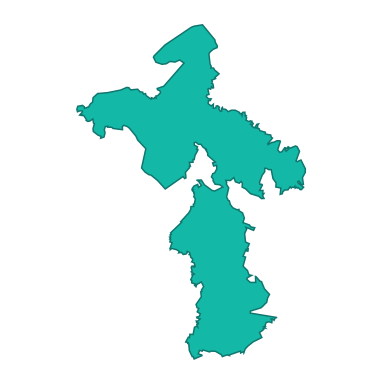 the district of Tantima, Veracruz, Mexico, rotated 89°
{"feature_id": "50627088B30686520493878", "entity_name": "Tantima", "entity_type": "district", "adm_level": 2, "iso_a3": "MEX", "parent_name": "Mexico", "parent_adm1": "Veracruz", "projection": "mercator", "projection_center": [-97.751, 21.414], "detail": "fine", "context": "isolated", "style": "filled", "palette": "teal", "viewbox_px": 384, "rotation_deg": 89, "n_neighbors": 0, "source": "geoboundaries", "source_scale": "gbopen_adm2", "svg_char_len": 6065}
<svg xmlns="http://www.w3.org/2000/svg" viewBox="0 0 384 384"><g transform="rotate(89 192 192)"><path d="M104.3,304.7L107.2,305.7L109.8,305.1L108.9,302.7L109.1,300.2L110.2,300.2L113.1,303.0L113.6,300.7L112.9,300.6L114.1,298.6L117.8,296.3L118.6,296.6L119.6,294.9L119.3,293.0L117.3,289.8L121.4,289.3L121.9,288.4L127.1,289.9L129.8,289.6L133.5,285.0L134.8,281.9L136.6,282.4L135.5,279.0L131.3,277.9L128.2,278.6L125.0,277.5L124.8,275.0L125.7,275.2L125.9,271.0L127.1,269.9L128.5,260.4L125.5,260.5L124.1,259.1L125.5,255.4L127.2,253.4L135.3,247.0L139.1,245.4L147.9,237.4L167.1,242.0L171.3,238.6L174.0,234.7L174.3,232.8L179.9,226.2L188.5,218.7L176.4,200.7L178.4,199.1L177.8,197.8L172.2,198.2L167.6,194.0L166.1,194.2L166.1,193.2L162.3,194.2L162.3,190.5L159.5,190.4L159.6,189.2L155.6,188.4L150.3,185.4L149.5,185.4L149.4,186.7L146.9,185.7L145.2,188.9L142.6,188.8L142.3,187.2L144.5,184.7L144.4,182.3L147.7,179.9L149.2,177.1L149.9,176.8L149.9,177.6L153.5,175.6L155.7,175.6L162.5,168.1L163.3,170.9L166.4,169.9L165.7,167.0L169.3,166.8L173.3,169.0L174.0,170.9L177.3,172.3L179.4,170.6L181.0,170.8L184.6,168.8L185.3,164.0L187.6,161.1L191.4,169.2L190.8,171.9L185.0,179.5L180.2,182.4L180.2,187.3L181.6,184.4L182.0,184.9L185.7,182.5L187.5,185.4L184.5,186.2L186.0,189.8L188.0,191.4L189.6,192.0L189.7,190.7L190.9,191.5L192.3,189.8L192.9,190.4L194.7,189.6L196.9,190.3L198.7,188.8L203.8,189.8L204.3,190.9L206.5,190.6L206.5,193.3L209.5,193.6L212.8,195.6L221.5,203.8L222.1,202.9L232.5,214.1L233.9,213.4L234.4,214.6L236.3,214.2L236.7,215.1L237.4,214.3L238.7,215.1L239.0,214.2L241.5,215.0L242.2,212.8L248.2,215.0L248.2,214.2L249.0,214.4L248.1,213.2L249.4,208.4L251.3,205.7L252.6,206.4L252.2,203.6L254.3,201.9L253.9,199.1L252.7,197.9L251.3,198.0L251.9,196.1L253.2,195.2L254.5,196.0L254.8,194.8L257.3,194.4L258.8,192.7L260.4,192.6L261.8,193.6L263.0,191.0L266.3,190.3L266.1,191.3L267.1,191.1L267.1,191.9L266.0,193.2L267.4,194.1L270.9,193.3L271.8,194.2L274.1,191.2L274.8,192.4L274.4,193.5L276.2,193.1L279.8,194.8L280.4,193.8L282.9,193.8L284.1,189.9L285.2,191.1L286.8,189.7L284.5,188.8L282.1,184.2L286.8,182.0L290.3,184.3L291.6,183.9L292.0,185.0L296.9,184.5L304.5,189.9L307.7,189.0L308.5,187.3L311.9,188.9L314.0,185.8L316.4,186.9L317.2,189.5L318.0,189.3L319.0,186.1L321.5,189.0L321.1,189.9L322.5,189.7L323.1,187.9L324.2,188.2L324.4,189.5L327.0,188.7L326.2,189.6L327.3,191.9L334.5,193.4L334.2,196.6L337.5,197.1L337.1,198.2L341.9,200.9L342.5,198.6L343.4,198.9L343.8,197.9L350.6,197.4L356.7,194.6L356.7,193.5L359.0,192.8L355.8,184.9L355.1,185.1L354.0,188.6L350.5,187.2L351.3,184.6L350.1,183.9L352.2,177.2L351.4,175.8L351.7,171.3L355.2,165.5L357.1,164.5L355.5,159.9L356.2,157.4L355.6,157.6L351.9,146.4L353.8,146.2L352.6,143.3L353.7,143.0L349.9,141.6L347.0,138.8L342.9,133.5L338.7,124.7L333.6,127.0L331.4,123.5L329.9,123.2L330.3,122.6L329.1,122.2L329.3,121.2L328.0,122.6L327.7,120.8L326.5,121.2L323.7,120.0L323.1,117.2L324.1,114.5L322.0,114.2L320.4,115.2L320.4,113.4L321.7,112.2L319.3,111.0L319.0,109.1L314.1,135.8L312.1,135.7L309.0,125.1L307.7,123.5L303.5,119.2L299.4,118.3L295.7,116.3L290.0,121.3L282.8,124.1L282.2,125.8L278.0,129.2L277.6,130.0L283.5,129.9L283.4,135.3L280.3,138.7L278.7,138.2L276.4,133.8L275.8,136.5L271.5,137.9L267.1,142.2L258.0,139.6L257.1,142.1L250.6,139.1L252.1,138.1L252.1,137.1L249.7,136.8L249.7,137.8L244.7,135.6L243.0,139.3L234.7,140.1L230.0,138.0L228.2,138.8L231.4,131.1L228.8,129.9L227.9,133.8L226.0,135.1L223.5,141.6L219.1,140.1L213.8,141.8L211.6,145.3L210.3,145.3L210.5,147.5L208.4,151.6L205.2,153.9L201.5,154.8L201.2,155.8L197.5,157.5L188.5,155.2L184.6,157.6L183.3,157.1L181.0,158.0L181.2,153.4L178.3,149.9L182.6,148.4L184.0,144.6L182.3,142.7L184.1,141.5L188.0,141.8L189.9,138.2L194.7,133.6L197.4,125.4L199.8,122.7L199.7,120.1L197.0,121.5L194.7,120.1L194.8,121.4L191.7,121.0L191.7,124.4L186.3,121.5L185.5,122.1L185.6,123.9L183.3,124.3L176.4,121.5L173.0,118.9L169.6,118.9L169.6,117.3L171.0,114.9L171.0,112.4L180.0,110.8L184.5,107.7L188.5,108.1L189.6,103.1L195.9,103.9L195.3,101.7L193.5,101.3L191.6,99.2L191.6,96.1L188.5,93.8L189.8,92.8L189.0,92.2L189.2,89.7L188.1,89.0L189.9,88.7L188.9,87.3L189.9,86.7L189.7,85.4L191.5,83.8L191.5,82.5L189.1,80.3L185.1,85.5L183.6,86.2L182.9,84.9L186.7,82.4L186.4,80.5L179.5,81.3L174.4,78.4L170.7,78.3L161.9,82.5L163.5,86.4L162.9,87.5L153.2,83.8L148.5,86.1L147.8,87.8L149.9,93.1L148.4,95.1L149.7,95.9L150.8,94.7L152.8,97.3L151.5,98.1L149.8,96.5L149.3,98.5L153.3,101.4L153.9,103.5L151.4,105.6L143.1,102.8L142.3,103.2L142.2,106.0L143.9,109.9L143.7,111.2L146.0,115.2L145.2,115.5L139.5,110.6L138.4,111.9L136.4,112.3L135.3,117.7L133.5,117.6L131.9,123.1L129.9,123.8L129.1,126.4L128.3,125.2L126.9,125.4L125.1,124.3L125.4,125.9L128.9,128.3L127.5,130.8L126.4,130.7L125.8,131.7L125.7,130.2L124.7,129.6L123.5,130.5L123.8,131.6L122.3,130.9L121.9,132.6L122.6,133.8L121.2,136.7L118.3,136.1L117.3,137.2L116.5,136.5L116.2,137.5L113.1,137.8L113.3,140.0L116.4,140.7L114.4,141.5L114.6,142.6L113.2,143.2L111.0,147.3L110.9,151.2L112.3,154.3L109.9,157.0L109.6,159.9L108.0,160.1L109.0,161.1L111.6,161.0L111.9,162.0L109.6,163.8L107.7,163.1L106.2,164.9L106.5,166.3L108.3,166.7L108.6,168.7L108.5,169.3L104.6,169.1L106.3,171.3L104.0,174.3L101.1,174.0L100.9,172.1L99.2,171.2L99.1,173.9L96.9,176.0L95.4,175.6L94.7,173.3L89.5,174.3L88.8,173.7L89.5,171.5L87.1,170.7L88.5,169.3L88.1,168.6L84.3,169.2L83.6,170.4L81.8,169.7L80.5,170.3L79.0,166.4L77.9,167.1L74.3,162.9L70.3,167.4L68.5,168.2L68.3,171.1L66.6,170.6L64.4,171.7L54.3,172.7L52.4,171.6L49.6,168.2L48.1,164.4L46.4,164.1L42.5,166.2L40.4,166.4L25.0,178.6L26.3,187.3L27.5,190.2L44.5,216.4L55.3,227.6L56.6,228.2L61.6,225.8L63.8,219.7L63.3,215.4L61.1,211.8L61.8,206.7L59.8,202.1L62.9,197.7L85.8,218.4L87.9,225.0L89.2,224.7L90.1,222.4L92.2,221.7L95.2,224.8L95.4,226.4L97.5,226.2L96.7,227.4L98.0,228.4L97.0,230.9L98.3,230.9L98.2,231.7L94.9,236.1L92.8,236.8L93.3,238.8L91.3,239.6L90.9,242.2L88.3,244.5L88.8,251.6L86.6,253.3L86.3,255.5L88.8,261.5L91.2,274.6L91.9,284.6L95.9,289.2L100.6,289.9L101.8,291.8L105.0,293.8L106.5,298.0L104.8,298.3L103.5,300.0L104.3,304.7Z" fill="#14b8a6" stroke="#0f766e" stroke-width="1.5"/></g></svg>